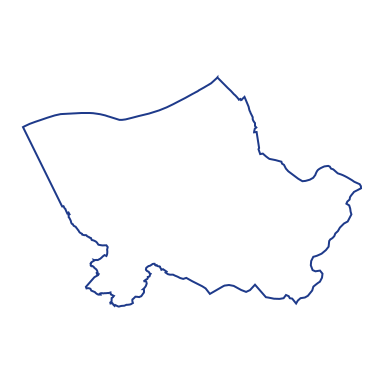 Moldova Noua, Caras-Severin, Romania, rotated 90°
{"feature_id": "2599482B11325322412339", "entity_name": "Moldova Noua", "entity_type": "district", "adm_level": 2, "iso_a3": "ROU", "parent_name": "Romania", "parent_adm1": "Caras-Severin", "projection": "albers", "projection_center": [21.687, 44.747], "detail": "fine", "context": "isolated", "style": "outline", "palette": "blue", "viewbox_px": 384, "rotation_deg": 90, "n_neighbors": 0, "source": "geoboundaries", "source_scale": "gbopen_adm2", "svg_char_len": 5192}
<svg xmlns="http://www.w3.org/2000/svg" viewBox="0 0 384 384"><g transform="rotate(90 192 192)"><path d="M294.6,285.6L294.6,283.5L293.6,284.0L293.2,283.0L293.2,281.7L293.4,280.7L293.2,279.5L293.2,278.2L293.1,277.0L293.0,275.8L293.1,275.5L292.5,273.6L292.9,273.6L293.3,273.3L293.8,273.2L294.4,273.2L295.9,270.1L296.8,270.8L297.1,271.0L297.7,271.8L298.0,272.3L299.1,272.4L299.7,272.4L301.1,272.4L301.6,272.5L302.5,273.7L303.5,273.5L303.2,271.6L304.9,270.5L305.9,269.4L305.0,268.9L306.0,266.8L306.3,266.2L306.5,265.4L306.6,265.1L306.2,263.8L305.9,262.4L305.8,261.1L305.7,259.7L304.8,257.5L304.8,256.5L304.7,255.6L304.6,254.7L304.4,253.7L304.3,253.3L303.0,251.1L300.9,251.7L299.5,251.6L298.5,250.4L296.7,248.6L296.8,246.8L297.1,244.8L296.5,243.6L296.2,242.7L294.3,241.4L293.3,240.7L292.6,240.1L291.5,240.0L290.6,240.0L289.1,240.1L289.1,240.6L289.1,240.8L288.2,239.8L287.1,238.9L285.9,238.1L283.6,237.3L283.1,237.4L281.8,237.7L281.1,238.3L281.2,239.0L281.4,240.4L280.8,239.6L279.7,238.2L279.3,237.4L279.0,236.7L278.0,236.2L277.7,236.2L277.0,236.2L277.0,235.8L276.8,235.4L276.4,234.5L276.2,234.4L274.8,234.0L273.8,233.4L273.3,234.4L271.8,235.3L271.0,237.0L270.0,237.8L269.9,238.0L269.3,238.1L267.8,237.7L266.7,236.3L266.1,235.5L265.7,233.9L264.8,232.5L264.0,231.4L263.8,230.3L263.8,229.4L264.9,229.0L265.4,228.4L265.1,227.3L265.9,226.9L266.3,225.7L266.4,224.4L266.7,224.0L267.6,223.8L268.7,223.0L269.8,222.6L269.2,221.0L271.6,217.4L272.6,218.4L274.2,216.0L274.7,213.8L274.7,210.9L275.6,209.1L276.7,206.4L278.0,203.9L278.9,200.8L277.9,197.7L281.2,191.8L286.3,181.7L288.4,178.4L293.9,174.1L286.4,161.1L285.6,159.5L285.0,155.0L285.9,150.3L290.0,142.8L291.9,137.9L290.1,134.0L284.7,129.0L297.2,118.1L297.5,116.1L297.9,114.0L298.3,112.0L298.7,110.1L298.9,104.4L298.2,100.4L295.0,98.0L296.2,95.3L298.2,94.2L298.6,91.8L301.5,89.5L303.5,87.9L300.6,86.2L298.2,83.5L297.5,79.1L295.8,76.1L290.5,71.8L286.6,70.6L285.3,69.0L284.0,67.4L282.8,65.8L281.7,64.1L277.7,62.0L273.7,61.5L270.6,64.0L271.3,68.6L270.1,71.4L265.3,73.2L261.0,72.8L256.8,70.7L256.3,68.8L255.7,66.9L254.9,65.1L254.1,63.3L253.6,62.3L250.1,58.1L246.7,55.4L241.0,54.8L239.4,53.7L238.8,52.6L238.0,51.5L237.1,50.6L236.1,49.7L233.5,48.7L231.1,46.1L227.6,44.1L223.5,40.0L221.5,36.3L214.4,32.6L213.0,33.0L211.6,33.4L210.1,33.6L208.6,33.8L205.4,34.8L203.7,37.6L201.6,36.7L199.5,34.4L197.2,34.0L195.8,33.1L194.5,32.1L193.2,31.0L191.9,30.0L188.3,23.0L186.2,23.1L184.2,24.3L181.8,29.7L180.2,32.0L178.7,34.5L177.3,36.9L176.0,39.4L175.2,41.1L174.5,42.8L173.9,44.6L173.3,46.3L169.4,50.7L168.6,53.0L166.6,54.2L165.9,55.8L166.4,59.6L167.1,61.2L167.9,62.9L168.8,64.5L169.9,66.0L171.0,66.9L172.3,67.6L173.6,68.2L175.0,68.7L177.8,70.8L179.7,74.2L180.9,78.5L181.2,81.6L178.8,85.7L171.3,95.7L168.6,98.1L164.9,100.0L163.6,102.0L161.7,102.6L160.9,105.6L160.1,108.5L159.5,111.5L158.9,114.6L157.7,116.3L156.4,118.0L155.0,119.6L153.6,121.2L154.1,123.8L149.2,125.5L148.0,124.9L132.0,127.4L132.3,129.9L131.4,129.8L130.5,129.6L129.6,129.4L128.7,129.2L127.5,127.7L126.7,128.4L125.9,129.0L123.1,129.0L122.4,129.6L121.6,130.1L120.9,130.6L120.0,131.0L119.2,131.3L117.2,131.3L113.0,133.4L112.8,133.5L112.1,133.7L110.9,134.3L110.1,134.6L109.8,134.7L106.7,135.4L98.3,138.9L96.9,139.5L99.6,142.3L99.8,142.3L100.1,143.0L99.0,143.7L99.7,145.1L99.0,145.5L97.1,147.1L95.3,148.8L94.2,150.1L90.9,153.1L88.0,156.2L77.5,166.6L77.4,166.6L78.3,167.4L83.2,172.8L87.6,180.2L90.5,185.4L90.8,185.6L93.9,191.4L98.0,198.8L101.8,206.2L104.2,210.8L107.3,217.2L110.4,224.9L113.6,235.1L116.1,245.5L117.6,251.2L119.4,258.4L119.9,262.2L119.9,264.5L116.7,274.7L116.3,276.1L115.4,278.8L114.2,283.9L113.2,290.8L113.0,294.2L113.0,302.6L114.1,323.3L115.4,329.2L117.7,336.6L120.1,343.6L121.8,348.7L123.9,354.4L126.5,359.9L127.1,361.0L205.6,322.3L206.5,321.8L206.2,320.5L208.5,319.3L208.7,319.1L209.0,318.6L210.5,318.1L212.2,317.3L213.3,316.8L212.5,315.5L214.3,314.5L214.8,315.6L215.9,315.3L216.6,315.3L217.2,315.3L217.9,314.7L218.6,314.3L219.8,313.7L220.9,313.2L222.6,312.8L223.4,312.4L223.8,312.1L224.3,311.1L225.0,310.8L225.8,310.3L226.1,309.6L226.7,308.6L226.8,308.3L227.5,307.9L228.3,307.2L229.1,306.6L230.0,306.0L230.3,305.6L230.7,305.4L231.5,305.0L232.3,304.4L232.9,303.7L233.8,302.0L234.6,301.8L234.8,301.1L235.2,299.7L235.1,298.8L235.3,297.6L236.2,296.9L236.5,296.4L237.0,295.1L237.7,294.5L237.7,294.4L237.8,293.6L238.1,293.0L239.8,292.4L240.1,292.0L240.2,291.2L240.7,289.8L241.4,288.4L242.2,287.4L242.8,286.9L244.7,285.6L245.1,283.6L245.4,281.7L245.3,277.6L247.1,276.3L249.7,276.9L251.0,276.7L252.3,276.7L253.6,276.8L254.9,277.1L256.0,277.6L255.4,278.8L255.1,279.5L256.4,281.2L257.5,282.3L258.7,283.7L259.7,285.6L259.9,285.9L260.1,287.0L259.9,287.7L260.0,288.5L260.2,289.2L259.9,290.2L260.6,289.8L261.6,291.5L262.4,292.7L263.3,293.3L263.5,293.0L264.4,293.3L265.4,293.3L265.8,293.1L266.0,291.9L266.3,291.8L266.2,291.3L266.5,290.8L266.9,290.3L267.7,289.8L269.4,287.7L270.7,286.9L272.5,286.4L272.9,287.3L273.8,287.1L274.2,285.4L275.1,285.9L277.2,289.6L286.9,298.1L288.4,297.5L288.3,297.0L288.2,296.5L288.2,296.0L288.2,295.5L288.3,295.0L288.4,294.5L288.6,294.0L288.8,293.6L290.6,292.7L292.1,289.1L292.9,288.4L293.6,287.5L294.2,286.6L294.6,285.6Z" fill="none" stroke="#1e3a8a" stroke-width="2"/></g></svg>